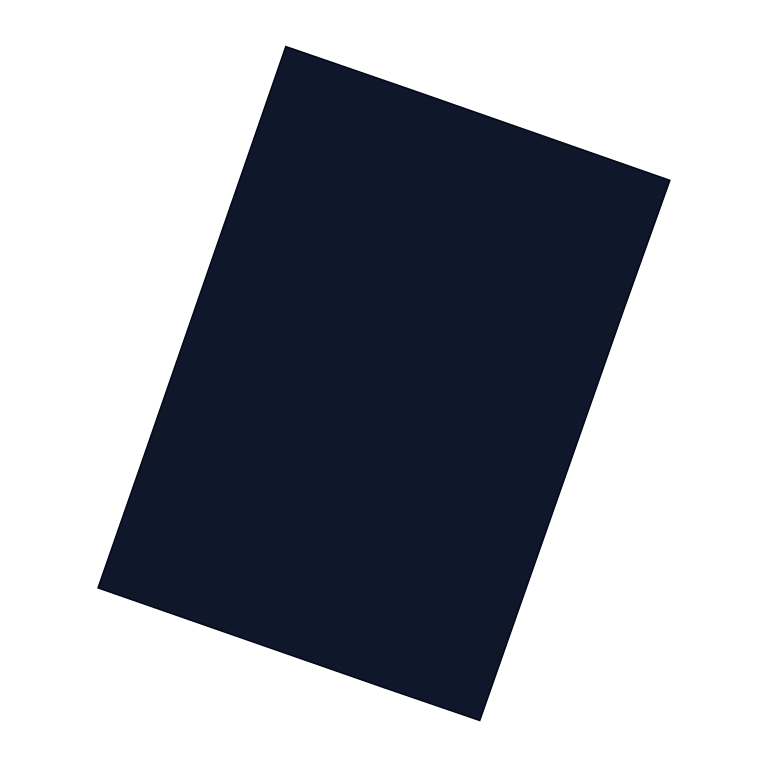 Pulaski, Indiana, United States of America (Natural Earth projection), rotated 289°
{"feature_id": "52423323B65186768843846", "entity_name": "Pulaski", "entity_type": "district", "adm_level": 2, "iso_a3": "USA", "parent_name": "United States of America", "parent_adm1": "Indiana", "projection": "natural_earth1", "projection_center": [-86.673, 41.041], "detail": "fine", "context": "isolated", "style": "filled", "palette": "ink", "viewbox_px": 768, "rotation_deg": 289, "n_neighbors": 0, "source": "geoboundaries", "source_scale": "gbopen_adm2", "svg_char_len": 276}
<svg xmlns="http://www.w3.org/2000/svg" viewBox="0 0 768 768"><g transform="rotate(289 384 384)"><path d="M669.6,588.0L671.0,316.9L671.1,181.3L241.4,180.5L98.1,180.0L96.9,483.2L97.0,584.1L529.6,586.4L669.6,588.0Z" fill="#0f172a" stroke="#020617" stroke-width="1.5"/></g></svg>